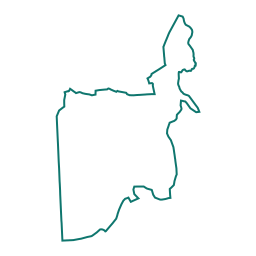 Al Jarrahi, Al Hudaydah, Yemen
{"feature_id": "15242507B33824576617573", "entity_name": "Al Jarrahi", "entity_type": "district", "adm_level": 2, "iso_a3": "YEM", "parent_name": "Yemen", "parent_adm1": "Al Hudaydah", "projection": "mercator", "projection_center": [43.453, 14.104], "detail": "fine", "context": "isolated", "style": "outline", "palette": "teal", "viewbox_px": 256, "rotation_deg": 0, "n_neighbors": 0, "source": "geoboundaries", "source_scale": "gbopen_adm2", "svg_char_len": 4019}
<svg xmlns="http://www.w3.org/2000/svg" viewBox="0 0 256 256"><path d="M176.4,168.2L176.3,167.6L175.3,160.5L175.3,160.4L175.3,160.2L175.2,159.3L175.0,158.2L174.8,156.6L174.7,155.9L174.5,154.4L174.4,153.9L173.9,150.3L173.4,147.1L171.9,143.0L170.9,140.2L170.2,139.2L168.6,136.9L168.3,136.4L167.2,133.8L167.0,133.4L167.1,132.4L167.2,130.7L167.3,129.6L168.0,127.6L168.7,125.6L168.8,125.1L169.7,122.8L169.7,122.7L173.2,121.3L174.3,120.9L176.1,119.4L176.7,118.2L176.7,116.7L176.9,114.8L178.0,113.6L179.7,111.9L181.3,109.6L181.5,108.7L181.2,107.3L180.6,105.4L181.0,100.6L182.0,100.8L183.0,101.0L183.3,101.1L183.5,101.2L185.3,101.5L186.8,103.2L190.2,108.0L190.3,108.2L190.4,108.3L196.0,112.1L196.3,112.2L199.3,111.8L197.8,108.0L197.2,107.1L195.6,105.0L190.7,98.3L189.2,96.3L189.0,96.0L188.2,95.5L187.4,95.2L186.0,94.8L184.4,94.2L183.5,93.7L182.9,93.0L182.4,92.3L181.8,91.9L181.3,91.5L180.8,90.7L179.6,88.5L179.2,86.8L178.7,85.8L178.4,85.1L178.1,84.0L178.1,83.2L178.5,80.3L178.9,78.7L178.7,74.7L178.7,73.0L178.9,72.0L179.3,71.9L180.1,72.1L180.5,72.3L181.0,72.4L181.4,72.1L182.0,71.1L182.6,70.2L183.0,69.9L183.6,69.7L184.2,69.4L184.8,69.5L185.3,70.2L185.9,70.8L186.8,71.3L187.4,71.3L188.4,71.0L189.2,70.7L189.6,70.7L190.3,70.9L191.0,70.8L191.4,70.2L191.6,69.4L192.1,68.9L192.6,68.8L193.1,68.8L193.6,68.6L194.1,68.0L194.6,66.8L194.8,66.4L194.8,65.8L195.1,65.6L195.5,65.7L195.6,65.4L195.8,64.8L195.6,64.4L195.4,64.0L195.5,63.7L195.8,63.4L195.8,63.2L195.6,62.9L195.2,62.6L195.0,62.3L194.7,61.7L194.4,61.1L194.0,60.7L193.9,60.4L193.8,59.9L193.8,59.5L194.2,58.9L194.2,58.7L194.2,58.2L194.1,57.7L193.8,57.2L193.6,56.9L193.5,56.4L193.6,56.1L193.5,55.6L193.5,55.2L193.5,54.9L193.6,54.5L193.5,53.2L193.3,52.1L193.1,51.6L192.8,50.0L191.0,47.4L189.8,45.7L188.5,44.1L188.2,43.0L188.3,42.2L188.6,40.9L189.3,39.0L190.7,37.3L191.7,35.5L192.2,32.9L192.3,32.6L192.3,31.3L192.0,29.9L191.2,28.7L190.5,27.8L189.3,26.6L186.2,25.0L185.7,24.7L184.9,23.4L184.4,22.2L184.0,21.0L183.6,18.7L183.0,17.3L182.6,16.6L180.7,16.0L178.6,15.4L169.4,32.3L168.5,34.3L167.9,35.8L167.8,36.1L167.0,38.0L166.4,39.5L165.9,40.6L164.1,45.1L164.0,45.5L163.7,46.2L163.5,46.8L163.4,46.9L164.1,55.4L164.1,55.7L164.2,56.9L164.3,57.3L164.5,59.9L164.8,63.4L165.5,65.1L158.7,69.5L155.8,71.3L155.7,71.3L155.5,71.5L154.7,72.0L153.7,72.6L151.8,73.8L151.6,73.9L151.3,75.3L150.3,76.7L147.5,78.4L148.1,79.8L148.3,80.3L148.8,81.9L149.1,82.9L149.2,83.4L152.0,83.1L152.8,83.7L152.9,84.7L152.8,85.7L153.0,86.7L154.6,94.1L154.3,94.1L152.3,94.1L148.2,94.3L146.3,94.4L145.4,94.5L139.5,94.9L137.2,95.0L133.4,95.3L133.2,95.3L129.6,95.2L127.1,94.2L126.2,92.8L122.4,92.1L118.5,91.4L117.4,90.9L116.3,91.8L115.3,91.4L113.9,90.9L111.2,89.7L110.9,89.6L109.6,88.8L108.3,88.5L107.1,89.4L104.3,89.6L99.1,90.1L95.6,90.7L95.5,94.6L93.8,94.9L91.9,95.3L89.3,94.4L87.0,94.1L85.1,93.8L82.5,93.2L80.6,92.3L79.3,92.1L76.0,93.1L75.3,92.5L74.4,91.9L72.6,90.6L71.8,90.0L70.1,88.8L69.1,90.9L68.9,91.0L68.9,90.9L66.8,91.5L66.7,91.6L66.2,91.7L65.3,92.0L64.8,92.1L64.6,92.2L65.3,94.5L64.2,100.0L64.2,102.9L64.3,106.6L62.3,108.0L62.1,108.2L59.1,110.5L56.7,116.3L57.0,123.4L57.8,140.7L58.0,144.6L58.7,161.3L59.1,168.4L59.6,181.2L59.8,184.4L60.1,190.7L60.2,194.3L61.4,220.6L61.6,223.0L62.4,240.6L73.3,240.1L79.2,239.0L81.1,238.7L87.3,237.0L90.3,236.4L91.6,236.1L93.1,235.1L96.8,232.4L100.0,229.5L101.1,229.3L102.6,229.5L104.3,230.3L105.3,231.4L105.8,231.2L109.7,226.6L112.8,223.0L113.8,221.7L116.2,218.7L116.9,216.6L117.4,214.9L117.6,214.0L118.2,212.2L119.1,209.6L121.4,204.3L123.4,200.6L124.6,199.4L124.8,199.1L125.3,198.7L126.4,198.4L126.7,198.3L128.4,197.6L130.8,201.8L134.8,200.0L138.4,198.4L134.3,194.1L133.4,189.5L133.7,188.5L134.3,186.6L140.2,186.5L143.7,186.5L146.6,188.4L147.4,188.7L151.7,189.9L151.9,190.3L153.2,194.7L155.0,197.6L159.6,199.4L160.2,199.6L161.9,199.6L165.5,199.0L168.2,198.2L168.5,198.1L170.2,197.9L170.4,197.9L170.1,194.6L170.0,193.0L169.8,189.7L169.8,188.9L171.2,187.7L173.8,185.1L174.2,183.0L174.5,181.1L175.9,176.3L176.7,174.4L176.4,168.2Z" fill="none" stroke="#0f766e" stroke-width="2"/></svg>